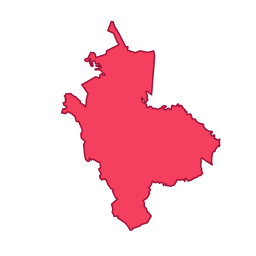 Madlienas pag., Ogre, Latvia (Mercator projection), rotated 224°
{"feature_id": "27541924B46168997034550", "entity_name": "Madlienas pag.", "entity_type": "district", "adm_level": 2, "iso_a3": "LVA", "parent_name": "Latvia", "parent_adm1": "Ogre", "projection": "mercator", "projection_center": [25.197, 56.816], "detail": "fine", "context": "isolated", "style": "filled", "palette": "rose", "viewbox_px": 256, "rotation_deg": 224, "n_neighbors": 0, "source": "geoboundaries", "source_scale": "gbopen_adm2", "svg_char_len": 5842}
<svg xmlns="http://www.w3.org/2000/svg" viewBox="0 0 256 256"><g transform="rotate(224 128 128)"><path d="M136.5,75.8L134.5,76.2L133.6,76.1L133.2,76.6L133.3,76.7L133.0,76.9L133.1,77.1L133.6,78.1L134.5,79.4L132.3,79.2L132.5,80.0L132.2,80.9L132.0,81.0L130.8,81.2L129.4,82.0L128.2,82.1L127.6,82.4L127.4,82.3L126.9,82.3L124.2,83.6L120.1,80.5L120.2,79.7L120.5,79.0L120.3,78.0L116.4,76.7L115.8,76.7L115.0,75.6L115.3,74.4L115.0,73.7L114.3,73.8L113.6,72.7L112.6,72.5L111.6,72.6L111.0,72.4L110.8,73.1L109.7,74.0L109.2,75.4L108.4,75.5L107.0,75.3L103.4,73.5L97.7,72.5L96.7,73.5L95.0,72.8L95.2,71.9L93.0,70.9L92.3,70.8L91.2,70.2L88.2,69.2L87.5,69.7L86.2,69.6L86.9,62.0L86.4,61.9L85.7,61.0L84.0,60.1L82.6,59.0L81.7,58.0L81.0,56.7L80.5,56.3L80.1,56.3L77.4,55.4L76.6,54.8L74.2,57.8L72.8,56.2L64.5,57.7L61.5,57.6L55.5,56.1L54.4,57.5L54.8,59.1L51.3,65.9L51.5,67.6L48.3,73.3L49.9,79.9L49.9,80.2L50.4,80.9L51.0,81.1L51.8,80.9L53.5,81.3L55.3,81.3L56.5,81.6L57.6,82.0L58.9,82.9L61.4,82.7L62.8,83.8L63.5,84.6L63.7,85.0L64.3,85.5L66.0,85.9L66.6,86.6L65.6,90.8L65.8,91.2L66.3,93.3L66.9,95.9L68.3,96.3L68.9,99.0L70.5,99.6L71.8,99.5L71.4,101.1L72.4,104.4L73.1,106.2L73.4,106.5L70.4,107.6L68.6,110.3L67.0,110.1L66.7,111.0L66.2,111.9L64.8,112.7L62.7,111.4L62.6,112.3L62.0,114.0L61.4,113.9L60.9,112.9L60.3,113.5L56.6,116.0L56.0,117.7L55.2,119.2L56.2,123.6L56.8,124.2L56.7,124.6L56.3,125.3L54.3,126.7L52.6,129.3L50.2,129.1L50.9,130.7L51.7,131.4L51.5,131.7L50.8,132.0L49.1,131.7L48.6,131.5L47.5,132.0L47.3,133.4L46.4,134.1L46.6,134.6L46.0,135.7L45.6,137.8L45.2,138.4L44.2,140.8L43.8,143.3L43.4,143.7L43.0,143.9L42.7,144.7L43.0,146.4L42.7,146.8L42.9,146.9L43.4,147.6L45.0,148.0L45.8,148.5L46.2,149.5L47.9,150.2L49.0,150.8L50.7,152.9L52.1,154.9L53.1,155.2L54.0,156.9L54.1,157.6L42.1,159.9L42.4,160.7L44.4,161.1L44.8,162.3L46.3,163.9L47.5,165.3L50.2,169.3L50.1,170.4L49.5,171.1L49.3,171.6L50.1,173.2L50.8,176.4L50.8,177.3L49.7,177.8L49.6,178.2L50.1,178.6L50.0,179.3L50.3,179.3L50.9,179.6L51.7,180.8L53.0,181.7L53.6,182.5L53.9,183.5L54.3,183.5L54.7,183.1L55.1,181.4L55.7,180.9L57.4,181.3L58.7,180.4L59.3,180.8L59.6,181.2L59.8,182.1L60.7,182.9L61.0,182.9L61.4,182.4L61.6,182.0L61.5,181.1L61.7,180.7L62.4,180.6L63.5,181.1L64.8,181.2L64.9,181.3L64.9,181.7L64.8,182.1L64.2,182.7L64.3,183.3L64.8,183.7L65.3,183.7L66.1,183.3L67.1,182.1L67.5,181.8L69.6,181.5L70.9,181.0L72.0,181.3L73.2,181.2L74.9,181.5L75.4,182.5L75.6,182.7L76.1,182.9L76.9,182.8L77.6,182.4L78.1,181.9L81.8,180.4L83.2,180.5L84.5,180.3L85.2,181.0L85.5,181.1L88.0,179.4L89.0,179.6L90.4,180.6L92.2,181.5L93.0,181.2L93.3,181.0L94.5,178.9L95.1,178.7L95.8,179.0L96.3,180.2L96.8,180.6L97.4,180.3L98.0,179.6L98.3,179.6L98.8,180.5L99.9,180.7L102.3,180.5L104.1,181.3L105.4,181.1L106.0,180.7L106.0,180.0L106.0,179.4L106.0,179.0L106.1,178.8L106.9,179.1L107.6,179.9L108.2,180.3L108.6,180.1L108.9,179.3L108.6,177.7L108.8,176.8L109.1,176.4L111.0,175.6L111.9,174.9L112.0,174.6L111.9,174.3L110.7,172.7L109.9,171.3L109.9,171.0L110.2,170.8L111.5,170.7L112.9,170.2L113.2,169.1L113.1,168.7L113.2,167.8L114.3,166.8L115.1,166.4L115.5,166.4L115.9,166.6L115.9,167.2L115.5,169.0L115.5,169.7L115.6,170.1L116.0,170.1L116.6,169.8L118.0,168.3L118.2,167.8L118.3,167.1L118.0,165.5L118.5,164.6L118.9,163.9L119.2,162.6L119.4,162.3L120.2,161.7L122.3,160.9L122.5,160.7L123.2,159.4L123.4,159.2L126.1,159.5L127.0,159.2L127.3,158.8L127.6,157.5L127.9,156.7L128.8,155.8L130.7,157.6L132.0,157.7L135.7,156.8L136.6,157.1L138.3,158.7L139.1,159.1L138.9,159.6L138.1,159.0L136.6,159.1L132.9,158.6L133.1,159.6L133.3,162.2L135.5,162.9L135.6,163.9L137.6,165.3L140.1,166.4L139.4,168.1L136.6,167.9L134.3,168.4L158.6,198.0L159.1,198.5L163.0,201.2L166.3,196.1L172.6,192.1L173.4,191.1L174.9,187.4L180.7,184.4L181.7,183.4L183.5,184.7L183.5,185.2L184.6,186.3L186.1,184.8L186.4,184.9L200.9,189.9L208.1,191.7L212.4,194.0L213.9,192.9L210.1,184.0L204.3,186.1L195.2,182.3L194.9,182.5L192.4,181.6L196.9,168.8L195.9,167.4L195.3,165.4L196.9,162.2L200.1,156.3L202.6,158.3L205.0,158.4L205.9,157.2L207.3,156.5L206.1,152.8L205.3,150.5L206.6,147.9L206.6,147.3L206.4,147.0L205.8,146.7L204.7,146.8L203.6,147.4L203.1,148.0L202.9,148.4L202.8,149.0L202.8,149.7L203.5,150.7L203.5,151.2L203.4,151.5L203.0,151.6L201.5,150.4L201.4,149.9L201.2,148.7L200.6,148.1L199.9,148.0L199.5,148.3L199.6,148.9L198.8,149.2L198.4,149.1L198.2,148.8L198.3,148.3L198.8,147.5L198.6,147.3L197.9,147.1L196.8,147.2L196.2,147.8L196.4,148.3L196.5,148.6L198.5,149.8L199.1,150.5L199.5,151.8L199.4,152.5L198.8,153.3L198.0,153.4L196.7,152.0L196.1,151.8L195.7,152.0L195.1,152.6L194.0,154.1L193.7,154.2L193.4,154.2L192.6,153.5L192.7,153.1L193.6,151.6L194.2,151.1L194.4,150.8L194.1,150.5L193.7,150.6L193.0,151.1L192.1,151.6L191.6,152.2L191.1,152.9L191.3,153.8L191.2,154.1L190.8,154.1L190.3,153.8L189.5,152.8L189.5,152.4L189.6,152.1L190.7,150.9L190.8,150.5L190.9,149.6L191.1,149.3L191.5,148.8L192.0,148.4L192.4,147.9L192.1,147.1L191.8,147.2L190.7,148.3L190.1,149.4L188.9,149.8L188.2,150.6L185.6,150.4L184.4,149.8L184.0,149.9L183.2,150.6L182.5,150.6L181.7,150.3L181.4,149.8L181.5,149.4L182.3,148.8L183.1,148.4L183.8,148.9L184.1,148.9L184.9,148.1L185.0,146.9L184.8,146.3L184.3,145.6L183.2,145.1L183.3,144.6L183.2,144.2L183.4,143.8L184.3,143.6L186.5,142.5L187.0,142.0L187.5,139.9L191.3,127.1L180.8,125.0L177.5,119.2L175.9,117.6L173.4,113.8L175.7,113.8L178.4,113.3L179.8,112.9L180.7,114.1L185.4,114.0L187.3,113.6L187.4,114.0L189.7,113.1L193.1,113.0L196.4,109.3L195.8,108.1L195.9,107.1L195.9,106.8L194.1,106.6L193.8,105.8L192.7,105.7L192.3,104.3L190.6,103.4L192.0,101.1L190.1,100.0L187.0,100.9L186.8,100.6L186.3,98.7L188.1,96.3L186.2,92.9L185.9,93.0L185.1,93.9L185.0,93.7L183.2,94.6L182.7,96.4L182.5,98.0L179.9,98.8L178.6,99.2L174.1,99.4L169.7,96.9L167.8,98.4L159.7,95.0L157.9,92.8L158.2,91.7L157.6,90.8L154.4,88.3L149.5,88.7L148.3,85.1L144.1,81.8L142.8,80.4L136.5,75.8Z" fill="#f43f5e" stroke="#9f1239" stroke-width="1.5"/></g></svg>